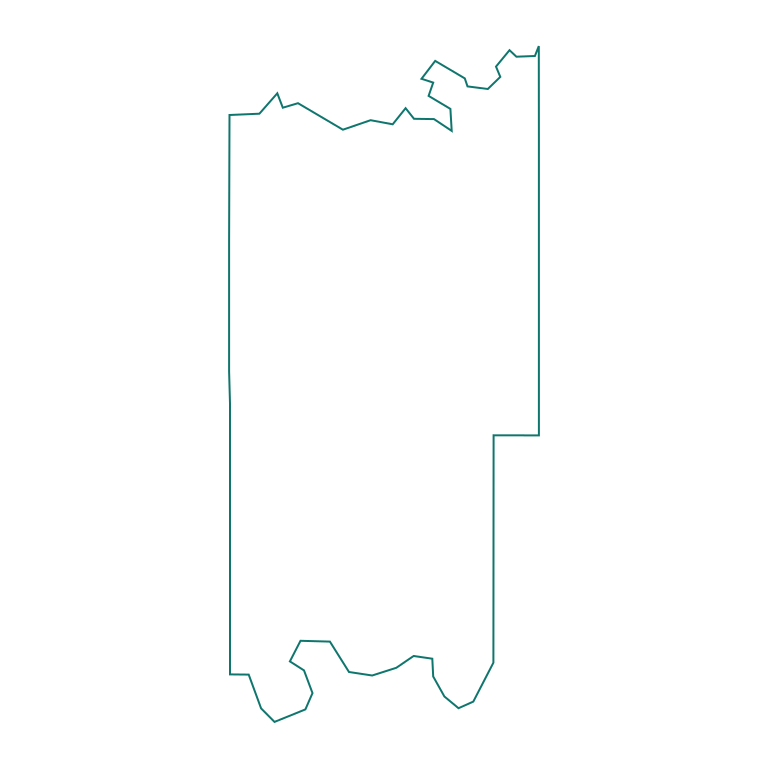 outline of Seminole, Oklahoma, United States of America
{"feature_id": "52423323B44953596645319", "entity_name": "Seminole", "entity_type": "district", "adm_level": 2, "iso_a3": "USA", "parent_name": "United States of America", "parent_adm1": "Oklahoma", "projection": "robinson", "projection_center": [-96.601, 35.162], "detail": "fine", "context": "isolated", "style": "outline", "palette": "teal", "viewbox_px": 768, "rotation_deg": 0, "n_neighbors": 0, "source": "geoboundaries", "source_scale": "gbopen_adm2", "svg_char_len": 761}
<svg xmlns="http://www.w3.org/2000/svg" viewBox="0 0 768 768"><path d="M370.6,120.2L342.9,129.7L298.0,103.2L282.8,107.7L277.3,93.3L259.4,113.7L229.5,115.0L229.1,242.7L229.1,371.4L230.0,403.4L230.0,674.4L248.7,674.6L261.1,708.4L274.5,721.9L305.4,709.4L312.5,693.1L304.0,670.4L289.9,661.4L300.5,640.8L329.9,641.6L349.0,672.0L372.2,675.5L396.3,667.8L413.6,656.0L432.3,658.7L433.2,676.5L444.4,696.5L458.5,708.2L473.3,701.6L493.4,662.7L493.6,435.3L538.9,435.4L538.9,242.5L538.9,135.1L538.8,46.1L534.9,56.0L516.4,56.7L509.5,50.2L496.0,66.6L500.3,76.9L487.8,89.0L467.5,86.4L464.8,78.4L435.2,60.9L421.5,78.8L433.2,82.6L428.6,95.9L450.4,108.9L451.7,130.9L434.0,119.1L414.0,118.8L405.6,108.2L392.7,124.3L370.6,120.2Z" fill="none" stroke="#0f766e" stroke-width="2"/></svg>